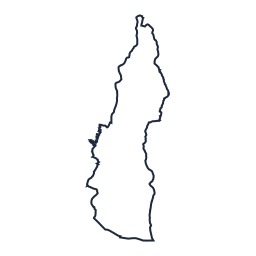 outline of Danciulesti, Gorj, Romania
{"feature_id": "2599482B88989600544516", "entity_name": "Danciulesti", "entity_type": "district", "adm_level": 2, "iso_a3": "ROU", "parent_name": "Romania", "parent_adm1": "Gorj", "projection": "albers", "projection_center": [23.758, 44.793], "detail": "fine", "context": "isolated", "style": "outline", "palette": "slate", "viewbox_px": 256, "rotation_deg": 0, "n_neighbors": 0, "source": "geoboundaries", "source_scale": "gbopen_adm2", "svg_char_len": 5727}
<svg xmlns="http://www.w3.org/2000/svg" viewBox="0 0 256 256"><path d="M151.9,200.8L152.1,200.8L152.5,198.9L153.1,197.3L153.1,196.4L153.4,195.6L153.7,195.0L154.5,194.0L154.6,192.6L154.3,191.4L154.1,190.0L153.1,187.9L152.1,186.9L150.7,185.8L149.6,184.3L149.6,183.9L149.6,183.7L149.9,183.5L150.8,182.2L151.7,181.8L151.9,181.4L152.6,180.7L152.9,179.8L153.3,179.1L153.7,175.9L152.1,171.4L151.7,171.0L150.4,170.1L149.0,169.4L147.8,168.0L146.6,165.6L145.7,163.1L145.7,162.6L145.4,161.3L145.4,160.5L146.0,159.4L146.3,157.5L146.1,155.7L146.2,153.9L144.7,151.0L144.7,150.4L144.0,149.8L143.4,148.3L143.8,146.7L143.2,144.2L143.4,143.8L144.5,143.1L145.0,142.6L145.8,141.3L145.9,140.9L145.5,139.6L145.8,138.8L145.3,136.7L146.2,135.3L146.3,134.6L145.9,133.6L145.8,132.8L145.3,131.9L145.2,131.0L147.1,127.2L147.1,126.3L147.3,125.7L148.0,124.7L148.9,122.4L150.4,122.4L151.4,121.7L153.1,121.2L154.9,121.2L158.0,120.7L158.2,120.9L159.4,120.8L160.0,120.3L160.1,120.2L159.7,119.8L159.5,119.1L160.1,118.0L160.2,116.8L160.0,116.2L160.6,116.2L160.7,115.6L161.0,115.0L161.3,113.5L161.3,112.4L160.8,112.0L159.8,111.6L159.7,111.4L159.7,111.0L160.2,110.0L160.3,108.6L160.6,108.2L161.4,107.7L161.7,107.4L161.7,105.9L162.0,105.7L162.3,104.5L162.8,103.9L163.1,103.2L163.0,102.5L163.3,101.6L163.3,101.1L163.5,100.6L164.0,100.0L164.0,99.2L164.1,98.5L164.4,98.2L165.0,98.2L165.4,97.7L167.2,96.7L168.4,95.4L168.9,94.2L168.3,93.8L168.8,92.9L168.7,92.5L168.3,92.1L168.3,91.5L168.0,90.4L167.0,89.0L166.4,87.1L165.7,85.8L165.6,84.8L164.8,84.2L164.6,82.8L163.9,81.5L163.8,80.6L163.9,79.6L163.2,78.6L163.2,77.3L161.9,75.5L161.8,74.4L161.3,73.6L160.9,73.2L160.5,72.1L160.2,72.0L160.2,72.4L159.8,72.0L160.0,71.8L159.6,70.9L159.9,70.2L159.3,70.3L159.3,69.9L159.2,69.8L159.0,68.9L158.6,67.8L158.5,67.2L158.0,66.7L157.6,66.5L157.3,66.0L156.6,65.3L154.9,63.9L154.5,63.4L154.6,61.3L155.2,59.0L156.5,57.6L157.6,56.7L158.2,55.5L158.4,54.3L158.1,51.5L157.4,49.3L157.7,48.3L157.8,47.3L158.0,46.9L157.8,46.2L157.3,45.5L157.2,44.9L156.7,43.8L156.7,42.0L155.8,40.3L154.8,39.8L154.3,39.1L153.3,34.6L152.2,33.1L152.5,31.6L153.0,30.6L153.0,29.6L152.4,28.5L151.7,27.7L149.3,25.5L148.9,25.0L147.7,24.4L147.3,24.4L145.8,25.4L144.9,26.5L141.3,25.5L141.7,23.5L142.0,23.0L142.7,19.2L143.3,17.9L142.5,17.5L142.2,17.1L141.9,16.6L142.0,16.2L139.7,15.4L137.3,16.5L136.3,17.4L136.8,19.4L137.3,20.3L137.6,22.2L137.1,23.9L137.0,25.8L136.0,27.7L135.9,28.1L136.0,28.8L136.8,30.3L137.0,31.1L137.1,33.4L136.7,34.6L136.5,35.8L137.2,38.5L137.3,41.3L137.2,42.7L137.3,43.8L137.1,44.4L136.4,45.5L135.1,46.3L134.2,46.7L133.9,47.2L133.8,47.6L133.4,48.3L132.6,49.3L131.9,50.7L130.3,52.2L129.6,53.6L129.5,55.1L129.1,57.2L128.3,57.5L127.3,57.5L126.3,58.4L126.1,58.7L125.7,60.3L124.5,62.8L123.4,64.1L121.3,65.3L120.6,65.3L120.0,65.9L119.2,66.3L118.5,67.3L118.6,69.3L118.8,69.9L118.9,71.4L119.3,72.0L119.9,73.5L120.5,74.6L120.9,75.5L121.1,76.9L121.2,78.5L121.4,79.3L119.5,81.5L117.9,82.3L116.5,82.7L115.7,83.3L115.4,84.2L115.7,87.7L116.2,89.1L117.2,91.2L117.2,91.9L117.0,92.3L117.2,93.1L117.3,96.0L116.9,98.1L117.1,100.4L116.5,103.6L115.4,107.0L114.7,108.5L114.2,110.1L114.0,111.7L113.7,112.3L112.0,114.2L111.6,115.4L111.6,115.8L111.3,117.2L111.4,118.2L111.4,122.8L110.6,122.4L110.1,122.4L109.9,122.7L109.3,124.4L108.1,126.6L107.7,127.1L107.1,127.4L106.6,127.0L105.8,126.0L105.5,125.9L104.9,125.5L103.9,125.7L100.8,124.8L99.6,124.7L99.5,125.2L100.1,125.7L100.3,126.1L100.3,127.2L99.7,127.2L99.8,127.5L99.4,128.0L99.4,128.3L99.2,128.3L99.5,128.8L99.5,129.0L99.4,129.2L99.9,129.3L100.0,129.4L99.7,129.6L99.9,129.9L100.3,129.8L100.7,130.0L100.6,130.3L100.3,130.6L100.3,130.8L98.9,130.6L98.8,130.8L99.0,130.9L98.8,131.1L99.1,131.2L99.1,131.7L99.4,131.9L99.5,132.1L100.5,132.4L99.1,134.4L96.1,134.0L97.9,134.8L98.0,134.9L97.8,134.9L98.7,135.3L98.1,137.1L96.5,136.5L96.4,136.9L97.6,137.5L97.4,137.9L96.8,137.7L96.7,138.0L97.5,138.3L97.6,138.6L97.5,138.8L97.2,138.7L97.1,138.8L97.4,139.7L97.0,140.3L96.7,140.5L96.8,140.8L96.5,141.0L95.8,140.7L95.8,141.2L96.3,141.5L96.1,141.8L96.7,142.1L95.9,142.9L95.0,142.2L93.7,142.0L93.3,141.2L92.1,141.3L91.9,140.4L90.7,140.0L90.4,140.4L89.7,140.3L89.9,140.6L89.7,141.0L90.3,141.6L90.5,142.1L90.8,142.5L92.1,143.0L95.6,145.2L95.5,145.5L93.8,144.5L93.3,144.9L95.0,146.0L92.8,148.6L92.7,148.9L92.4,149.2L92.4,150.6L92.0,151.4L92.3,151.7L92.2,152.0L92.5,152.3L92.6,153.0L93.1,153.9L93.1,154.3L93.5,154.8L93.6,155.2L93.2,156.1L92.6,156.8L93.2,156.8L93.8,157.3L95.0,157.9L95.7,158.1L97.5,159.5L97.8,159.8L97.9,160.2L97.7,160.4L97.9,160.7L98.2,161.7L98.9,162.1L98.2,162.7L97.6,163.3L97.0,163.5L98.2,164.4L97.7,164.6L97.4,164.9L97.2,166.6L97.0,167.0L96.7,167.2L95.6,169.4L94.7,170.5L94.5,171.3L93.9,171.8L94.0,172.6L93.9,173.6L93.2,175.2L93.0,175.8L92.0,176.7L91.7,177.3L91.1,177.9L90.2,178.3L88.6,179.5L87.7,181.8L87.2,183.8L87.1,184.6L87.3,184.8L87.3,185.4L87.1,185.9L87.8,185.6L88.2,186.1L89.1,186.7L90.3,187.0L90.7,187.4L91.5,187.6L93.0,188.4L96.6,189.4L97.1,190.3L97.2,190.8L97.1,191.7L97.6,192.8L97.7,193.1L97.1,193.9L95.6,195.5L95.0,195.8L93.3,197.4L92.2,198.8L91.6,200.1L91.4,201.4L91.4,203.4L91.6,204.1L93.2,206.6L93.5,207.0L94.3,207.1L94.4,207.5L94.3,207.8L94.6,208.9L95.7,210.0L95.6,212.4L95.6,213.3L95.4,215.4L95.1,216.2L94.1,217.5L93.9,218.1L97.5,221.6L105.2,229.5L107.3,229.7L109.2,230.4L118.4,235.8L120.5,236.3L120.1,237.4L127.3,238.5L129.0,238.6L132.4,238.2L135.9,238.2L139.9,239.4L143.0,240.5L146.6,240.6L153.4,240.5L152.2,238.5L151.9,237.6L150.3,230.5L150.2,228.8L150.0,227.8L150.7,226.0L151.1,225.6L150.6,224.1L150.0,223.1L149.6,219.1L149.8,218.8L149.9,217.7L149.7,217.0L149.7,215.7L149.5,215.2L150.1,211.8L150.0,210.5L150.3,210.1L150.2,209.4L150.5,208.9L151.0,205.0L151.0,204.2L151.4,203.3L151.6,201.5L151.9,200.8Z" fill="none" stroke="#1e293b" stroke-width="2"/></svg>